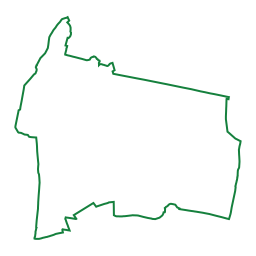 Tamaseu, Bihor, Romania (orthographic projection)
{"feature_id": "2599482B83424539586543", "entity_name": "Tamaseu", "entity_type": "district", "adm_level": 2, "iso_a3": "ROU", "parent_name": "Romania", "parent_adm1": "Bihor", "projection": "orthographic", "projection_center": [21.899, 47.224], "detail": "fine", "context": "isolated", "style": "outline", "palette": "green", "viewbox_px": 256, "rotation_deg": 0, "n_neighbors": 0, "source": "geoboundaries", "source_scale": "gbopen_adm2", "svg_char_len": 4930}
<svg xmlns="http://www.w3.org/2000/svg" viewBox="0 0 256 256"><path d="M62.9,232.5L62.5,230.8L62.4,229.9L62.4,229.5L62.6,229.3L63.7,229.5L64.1,229.6L64.6,229.7L65.4,229.8L66.4,229.9L67.1,230.1L69.6,230.5L69.0,228.8L68.4,227.4L67.7,225.3L66.9,223.4L66.4,221.8L66.3,221.7L65.8,220.0L65.5,219.4L65.3,218.9L65.7,217.4L66.3,217.5L69.8,218.0L70.0,218.0L70.5,218.1L76.0,219.0L76.3,218.8L73.8,215.1L93.4,203.0L96.2,206.7L96.4,206.6L97.2,206.3L98.1,206.0L104.4,203.9L106.0,203.5L107.5,203.1L108.4,202.7L108.9,202.4L113.7,201.9L113.7,202.1L113.8,206.9L113.9,215.2L115.6,216.1L116.5,216.3L117.0,216.3L120.1,216.4L122.2,216.4L122.8,216.3L123.9,216.2L124.8,216.2L131.6,215.4L133.0,215.2L133.4,215.3L134.0,215.3L136.1,215.4L136.8,215.4L137.7,215.5L138.0,215.5L138.4,215.6L143.3,216.9L148.1,218.0L151.7,218.6L152.2,218.9L155.3,219.1L156.7,218.6L157.9,218.2L159.2,217.8L159.8,217.5L160.1,217.2L161.4,216.2L162.3,215.4L162.6,215.0L163.3,213.6L163.6,212.3L164.8,212.2L165.0,211.5L165.0,210.6L165.1,208.7L164.9,208.6L164.8,208.0L165.4,207.6L166.0,206.9L166.8,206.5L167.7,205.9L168.2,205.3L168.7,204.7L169.7,204.1L170.2,203.9L171.0,203.8L173.2,204.2L175.3,204.7L175.4,204.8L176.5,206.4L177.2,207.4L179.6,208.5L179.4,209.1L185.9,210.1L188.9,210.6L192.3,211.1L192.5,211.1L193.2,211.2L194.3,211.4L194.9,211.5L195.7,211.6L197.0,211.8L197.5,211.9L203.1,212.8L204.5,213.1L209.3,214.0L215.8,215.7L221.5,217.1L225.2,218.1L226.6,218.5L227.9,218.8L228.9,219.1L229.0,219.1L230.4,214.4L230.8,212.7L231.7,207.3L235.2,190.9L235.3,189.9L235.4,188.9L235.6,187.6L235.6,186.9L235.4,186.7L235.5,185.7L235.7,185.3L235.9,184.1L236.3,182.7L236.6,181.4L236.7,180.7L236.9,180.2L237.0,180.0L237.0,179.5L237.1,179.1L237.2,178.6L237.4,177.3L237.5,176.7L237.4,176.7L237.7,175.3L237.6,175.1L237.7,174.0L237.7,172.9L237.8,171.7L237.8,170.8L237.9,170.6L238.1,169.6L238.2,169.4L239.0,167.9L239.1,167.7L239.2,166.7L239.5,162.0L239.5,161.0L239.3,157.3L239.1,154.2L239.0,151.5L238.9,149.7L239.0,149.4L239.5,146.4L240.2,143.7L240.5,141.9L240.6,141.2L240.2,141.0L238.6,140.2L236.9,139.3L235.4,138.6L234.7,138.0L233.5,136.9L231.9,135.5L230.0,133.8L228.4,132.4L227.9,132.0L227.5,131.7L226.7,125.4L225.9,119.2L225.9,116.2L226.1,111.5L226.2,108.3L226.3,106.5L226.5,99.6L226.6,98.9L228.5,99.2L228.6,98.5L228.7,97.9L228.7,97.4L228.8,97.1L226.3,96.6L220.1,95.3L215.7,94.4L214.7,94.2L213.7,94.0L210.3,93.4L204.9,92.2L200.8,91.4L191.3,89.2L182.6,87.5L166.6,84.2L163.0,83.5L157.5,82.4L149.0,80.7L144.0,79.7L137.0,78.4L130.8,77.2L119.9,75.1L113.3,73.8L112.6,71.4L114.6,70.2L112.5,62.9L112.2,63.0L110.7,63.4L109.9,63.8L109.3,64.4L108.7,65.2L108.1,65.7L107.3,66.0L106.8,65.9L105.8,65.5L105.0,65.3L104.0,64.9L103.2,64.8L101.9,64.3L100.8,64.1L100.1,64.3L99.5,64.6L99.0,65.1L99.0,64.0L98.9,63.3L98.9,62.8L99.1,62.4L99.6,61.7L99.7,61.2L99.5,60.6L98.3,60.2L97.6,59.2L96.8,58.9L96.5,58.2L96.0,57.6L95.3,56.9L94.5,56.6L93.9,56.4L93.7,56.6L93.3,56.9L92.5,56.9L91.9,57.2L90.8,57.8L90.5,58.2L89.8,59.6L88.8,59.9L87.2,60.2L86.5,60.2L86.1,60.1L81.6,58.8L81.2,58.7L79.9,58.4L79.5,58.3L74.9,57.1L72.7,56.6L72.4,56.5L70.9,56.1L69.4,55.7L67.9,55.4L65.2,54.6L65.2,54.4L65.2,53.9L66.3,49.7L66.3,48.9L66.5,48.1L66.8,47.7L67.2,46.0L65.5,45.5L65.8,44.3L67.6,37.8L68.6,38.0L69.8,36.8L70.2,36.3L70.9,34.5L71.0,32.6L70.7,32.2L70.4,31.5L70.6,30.0L70.6,27.7L70.1,25.9L69.3,24.6L67.3,22.4L69.2,20.6L67.8,17.6L67.6,17.1L67.4,17.2L67.1,17.7L66.7,17.8L66.3,17.8L65.1,18.1L62.1,19.1L61.2,20.1L60.1,21.8L58.1,23.9L56.9,25.4L55.5,27.6L54.5,28.8L53.5,30.0L51.7,33.1L50.8,34.4L49.3,37.2L48.8,40.8L48.3,45.0L47.8,48.1L45.1,53.3L41.8,56.7L40.4,58.1L39.0,60.8L37.0,64.6L36.9,65.3L36.4,65.4L36.3,65.8L36.1,66.7L35.8,67.1L35.9,67.6L36.5,68.7L36.7,69.8L36.4,71.2L35.9,72.2L35.6,73.2L35.4,73.5L34.0,74.4L30.3,78.8L26.0,83.6L24.3,85.5L23.7,89.5L22.6,95.5L21.6,101.1L20.5,106.7L20.1,109.5L18.6,110.3L18.3,112.1L17.4,116.5L16.4,121.4L15.4,126.3L15.4,127.6L17.0,130.3L18.1,132.2L18.6,132.6L19.5,132.7L21.1,132.9L22.4,133.5L23.7,134.1L24.4,134.5L25.1,134.6L27.1,134.8L27.9,135.0L28.3,135.6L28.9,136.6L29.3,136.8L30.1,137.0L31.8,137.2L36.2,137.5L36.8,143.4L37.0,146.3L37.1,149.3L37.2,151.5L37.5,154.9L38.0,160.3L38.4,164.2L38.2,166.2L38.0,169.1L38.1,170.6L38.3,172.8L38.9,174.1L39.0,174.4L39.3,177.6L39.6,182.7L39.4,185.3L39.1,189.8L38.6,196.3L38.2,202.4L38.2,203.5L38.0,207.4L38.0,208.6L37.7,211.3L37.6,212.1L37.3,214.8L36.7,220.2L36.3,225.0L36.2,226.4L36.2,228.0L36.4,228.0L36.3,228.3L36.1,229.3L36.0,229.7L35.9,230.1L35.9,230.3L35.8,230.5L35.5,231.8L35.5,232.6L35.5,232.8L35.5,233.1L35.5,233.4L35.4,233.9L35.1,236.2L35.0,236.8L34.6,237.3L34.6,237.5L34.5,238.1L34.5,238.6L35.1,238.8L36.7,238.9L37.1,238.9L38.4,238.9L38.9,238.9L40.2,238.6L41.1,238.4L41.4,238.3L42.9,237.8L44.3,237.5L45.9,237.1L47.1,236.9L48.0,236.6L48.7,236.4L49.5,236.2L50.3,235.9L51.6,235.5L52.0,235.4L52.3,235.3L53.5,234.9L53.8,234.8L54.5,234.5L55.1,234.2L55.7,234.0L56.2,233.8L56.9,233.7L58.2,233.4L60.3,233.0L62.9,232.5Z" fill="none" stroke="#15803d" stroke-width="2"/></svg>